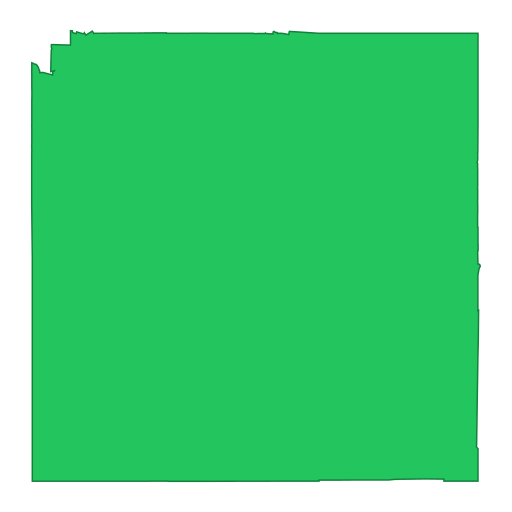 Capital, Córdoba, Argentina (Mercator projection)
{"feature_id": "61730980B11086319733728", "entity_name": "Capital", "entity_type": "district", "adm_level": 2, "iso_a3": "ARG", "parent_name": "Argentina", "parent_adm1": "Córdoba", "projection": "mercator", "projection_center": [-64.197, -31.416], "detail": "fine", "context": "isolated", "style": "filled", "palette": "green", "viewbox_px": 512, "rotation_deg": 0, "n_neighbors": 0, "source": "geoboundaries", "source_scale": "gbopen_adm2", "svg_char_len": 4441}
<svg xmlns="http://www.w3.org/2000/svg" viewBox="0 0 512 512"><path d="M31.7,145.7L31.7,146.4L31.7,146.7L31.8,148.5L31.8,150.5L31.7,155.3L31.7,160.1L31.7,164.9L31.7,169.8L31.7,203.8L32.0,231.0L32.3,258.1L32.3,298.2L32.3,336.6L32.3,364.2L32.3,383.7L32.3,413.5L32.3,448.5L32.3,481.2L67.5,481.2L72.9,481.2L73.2,481.2L95.7,481.2L143.3,481.2L148.9,481.2L150.9,481.1L151.1,481.1L153.1,481.1L155.0,481.1L157.7,481.1L159.7,481.1L161.7,481.1L164.1,481.1L167.2,481.1L167.6,481.1L167.8,481.2L168.0,481.2L168.1,481.3L168.3,481.3L177.1,481.3L198.3,481.3L210.1,481.3L240.4,481.2L258.3,481.2L281.5,481.1L307.9,481.1L319.0,481.1L319.0,480.1L338.4,480.1L353.5,480.0L376.5,480.0L388.4,480.0L395.6,479.3L397.7,479.3L399.2,479.2L401.1,479.2L403.0,479.2L410.1,479.1L417.4,479.0L425.0,478.9L443.9,479.1L443.9,481.1L458.6,481.1L478.0,481.1L478.0,466.0L478.0,449.3L478.0,448.7L476.5,447.1L476.6,444.4L477.7,370.2L477.9,356.9L478.3,339.3L478.6,310.3L477.9,310.7L477.9,309.8L477.9,305.6L477.9,275.1L479.0,269.0L480.3,266.1L480.2,265.8L480.0,265.5L479.9,265.2L479.8,264.9L479.7,264.9L479.7,264.7L479.4,264.5L479.4,264.4L479.2,264.3L479.1,264.2L478.9,264.1L478.7,264.1L478.4,264.0L478.2,264.0L477.9,264.0L477.9,261.3L477.7,253.2L477.6,251.3L477.8,251.2L478.0,251.1L478.1,250.3L478.1,249.8L478.1,249.1L478.1,248.6L478.0,247.2L478.1,246.6L478.1,246.2L478.1,245.0L478.0,243.2L478.0,241.2L478.0,239.3L478.0,236.6L478.0,235.3L478.0,232.7L478.0,231.1L478.0,229.4L478.0,227.3L477.6,227.2L477.6,223.6L477.6,220.3L477.6,216.9L477.6,215.0L477.7,212.8L477.7,210.7L477.7,208.5L477.7,206.6L477.7,204.3L477.6,201.2L477.7,199.1L477.7,195.9L477.7,195.6L477.7,193.4L477.7,191.3L477.7,189.4L477.6,187.8L477.6,187.0L477.7,184.9L477.7,182.9L477.7,181.2L477.7,179.6L477.7,177.7L477.7,176.2L477.7,174.5L477.7,172.8L477.7,171.2L477.7,169.6L477.6,168.0L477.6,166.8L477.6,163.8L477.6,163.2L477.3,162.9L477.1,162.7L477.3,162.0L477.6,160.5L477.7,159.7L477.7,158.9L477.7,155.7L477.7,152.7L477.8,152.6L478.0,123.0L478.0,91.6L478.0,66.4L478.0,33.3L458.6,33.3L442.5,33.3L439.2,33.3L429.4,33.3L419.8,33.3L411.4,33.3L400.4,33.3L395.5,33.3L393.2,33.3L388.8,33.3L381.1,33.3L373.0,33.3L366.5,33.3L353.1,33.3L339.2,33.3L320.0,33.3L319.2,33.3L289.4,31.4L289.3,31.5L288.7,34.5L287.5,34.3L286.3,34.1L285.5,33.9L283.0,33.5L281.5,33.3L280.9,33.3L280.1,33.3L279.0,33.3L278.5,33.3L278.4,33.3L278.2,33.4L277.9,33.5L277.7,33.6L277.4,33.6L277.2,33.5L277.2,33.4L277.3,32.9L277.3,32.7L277.2,32.6L276.1,32.4L275.0,32.2L274.9,32.1L274.6,32.0L274.2,31.7L274.0,31.4L273.3,31.7L273.2,32.1L273.1,32.6L272.9,33.4L272.9,33.9L271.2,33.9L269.3,33.8L269.0,33.8L268.9,33.8L267.5,33.6L266.0,33.5L265.5,33.0L265.0,33.4L263.1,33.5L262.4,33.5L259.8,33.5L258.4,33.5L257.3,33.5L256.5,33.6L255.8,33.6L254.8,33.6L253.2,33.3L249.5,33.3L245.8,33.3L242.1,33.3L238.3,33.3L232.8,33.3L229.0,33.3L225.3,33.3L221.6,33.3L217.9,33.3L214.2,33.3L210.5,33.3L204.9,33.2L201.2,33.2L197.4,33.2L191.9,33.2L190.1,33.2L189.5,33.3L187.4,33.3L181.7,33.3L177.9,33.3L172.2,33.3L168.4,33.3L166.4,33.3L166.4,32.9L164.5,32.9L162.5,32.9L160.6,32.9L158.6,32.9L156.6,32.9L154.6,32.9L141.8,33.0L135.3,33.1L131.2,33.1L119.1,33.1L109.3,33.2L94.4,33.3L93.9,33.5L92.3,31.1L89.3,33.0L87.7,34.0L85.9,35.2L84.4,32.8L84.3,33.0L83.2,33.8L81.4,33.3L76.7,31.9L76.3,33.3L76.2,33.6L75.0,33.3L72.5,32.6L72.4,30.8L70.5,30.7L70.5,35.0L70.5,36.3L70.5,36.7L70.5,38.0L70.5,38.9L70.5,40.0L70.5,41.8L70.5,43.3L70.5,43.7L70.4,45.1L66.1,45.0L61.9,44.9L60.3,44.8L59.1,44.8L55.7,44.7L53.6,44.6L51.4,44.6L51.3,46.7L51.3,47.2L51.5,47.6L51.6,48.0L51.7,48.6L51.8,48.8L51.7,49.1L51.5,49.4L51.4,49.7L51.3,50.1L51.3,50.9L51.2,53.1L51.1,55.2L51.1,57.3L51.0,59.5L51.0,61.6L50.9,63.7L50.9,65.8L50.8,69.1L50.8,69.9L50.7,71.6L52.8,71.1L54.5,70.7L54.4,71.0L53.6,71.2L52.7,71.4L52.7,72.5L52.6,75.0L52.2,74.9L50.4,74.4L49.2,74.1L48.4,73.9L42.7,72.4L42.5,72.5L42.3,72.5L41.1,72.6L40.9,72.6L40.5,72.7L39.7,72.7L39.7,72.4L39.8,71.5L39.7,70.9L39.5,70.5L38.9,69.2L38.6,68.6L38.5,68.0L38.4,67.3L37.9,66.8L37.6,66.1L37.3,65.6L36.8,65.1L36.3,64.5L35.9,64.3L35.6,64.3L35.2,64.3L34.7,64.2L34.2,63.9L33.3,63.3L32.5,63.1L31.8,62.8L31.8,63.8L31.8,69.6L31.7,71.8L31.8,73.6L31.8,77.1L31.8,78.3L31.8,80.9L31.8,85.5L31.8,87.4L31.9,91.3L31.9,93.0L31.9,96.2L31.8,101.2L31.8,103.6L31.8,106.1L31.8,109.4L31.8,111.6L31.8,113.5L31.8,118.0L31.8,119.7L31.8,120.9L31.8,123.0L31.8,124.2L31.7,124.9L31.7,125.1L31.8,128.2L31.8,132.0L31.8,137.3L31.8,141.1L31.8,142.7L31.7,145.7Z" fill="#22c55e" stroke="#15803d" stroke-width="1.5"/></svg>